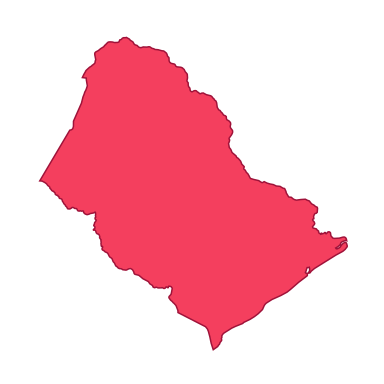 Larde, Nampula, Mozambique, rotated 356°
{"feature_id": "85939544B26264863650897", "entity_name": "Larde", "entity_type": "district", "adm_level": 2, "iso_a3": "MOZ", "parent_name": "Mozambique", "parent_adm1": "Nampula", "projection": "mercator", "projection_center": [39.499, -16.364], "detail": "fine", "context": "isolated", "style": "filled", "palette": "rose", "viewbox_px": 384, "rotation_deg": 356, "n_neighbors": 0, "source": "geoboundaries", "source_scale": "gbopen_adm2", "svg_char_len": 5923}
<svg xmlns="http://www.w3.org/2000/svg" viewBox="0 0 384 384"><g transform="rotate(356 192 192)"><path d="M137.3,33.2L136.5,33.4L134.5,33.3L133.3,33.7L132.3,34.7L131.6,35.1L130.8,35.1L130.4,35.5L129.7,37.1L128.5,37.6L125.1,37.5L123.0,36.8L120.5,36.5L118.9,36.6L117.2,37.9L115.9,39.2L115.0,39.7L114.3,40.8L110.9,42.6L108.4,44.4L105.7,45.6L105.0,46.3L104.7,46.7L104.6,48.3L105.2,53.3L104.5,54.8L104.5,55.6L104.0,56.7L102.7,57.8L101.0,58.8L100.8,59.2L98.5,60.4L95.0,63.2L94.2,64.1L94.2,64.4L92.4,67.0L90.6,70.2L94.5,71.0L94.4,72.8L95.0,78.8L93.6,82.2L92.3,84.5L92.0,84.8L91.3,86.7L89.9,89.6L87.9,95.7L78.7,113.1L78.3,118.3L77.6,120.2L77.3,120.7L76.3,121.4L75.2,121.7L74.4,121.8L40.9,170.3L43.3,170.7L46.0,172.4L47.5,173.7L48.6,175.5L49.5,176.2L50.4,177.2L50.6,178.5L51.6,179.6L52.1,180.6L53.0,181.4L54.0,181.7L54.5,182.6L55.0,183.0L55.3,183.4L55.4,184.5L55.7,185.0L56.6,185.7L57.8,186.0L58.1,186.9L58.9,187.4L59.0,188.5L59.6,189.2L61.0,189.7L61.7,190.2L62.2,192.4L62.9,193.4L63.4,194.8L64.6,196.1L64.9,197.1L65.9,198.1L66.7,199.9L67.1,200.2L69.0,200.4L70.5,199.7L71.2,199.1L72.2,199.1L73.0,199.5L73.8,200.2L75.6,200.5L76.2,201.3L76.3,201.9L77.0,202.9L78.3,203.2L79.1,202.9L80.2,203.4L82.0,203.3L82.4,203.6L82.4,204.5L82.8,205.4L83.9,206.5L85.7,207.3L87.6,207.0L89.1,206.4L92.6,206.0L93.6,205.4L94.1,205.4L94.3,205.9L94.3,207.9L94.0,208.9L94.2,210.4L93.4,211.2L93.7,212.7L94.4,213.1L94.5,213.5L93.7,214.8L92.8,215.6L92.2,217.6L91.7,218.2L91.7,218.8L92.6,219.8L92.7,221.1L92.4,221.5L91.3,222.3L91.0,222.7L91.1,223.2L92.0,223.2L92.9,223.5L93.3,224.5L93.6,226.0L94.5,227.1L95.8,227.6L96.5,228.5L96.9,230.4L96.6,231.2L97.9,233.4L97.7,234.3L97.9,235.8L97.6,236.9L97.7,239.4L97.9,239.8L98.6,239.8L98.9,240.1L99.0,240.6L98.8,241.4L98.4,241.7L98.3,242.9L98.7,243.6L99.9,244.3L101.2,245.7L102.8,246.5L103.7,247.3L105.0,250.4L105.6,251.3L107.1,252.4L107.6,253.1L108.5,256.0L109.7,257.5L110.8,260.4L112.1,261.4L113.0,262.6L114.1,263.3L116.2,263.7L117.5,264.7L120.6,265.3L121.4,265.2L123.6,264.2L125.4,264.1L126.5,264.8L127.3,265.5L128.3,267.6L128.6,269.3L129.3,270.1L132.6,271.2L133.4,271.6L137.0,275.1L141.9,278.1L142.4,278.6L143.5,280.6L145.9,282.4L146.3,283.1L146.4,283.9L146.8,284.0L147.1,284.5L148.2,284.9L149.4,284.5L150.1,284.6L151.4,285.3L154.8,285.5L155.4,285.3L156.2,285.6L156.8,286.1L157.5,286.3L158.2,286.2L158.8,285.8L159.4,285.0L160.1,285.0L161.2,285.8L161.7,285.7L161.8,284.9L162.1,284.4L163.4,284.5L164.6,285.0L165.5,286.5L165.5,287.0L164.4,291.3L163.9,292.7L161.9,294.6L161.6,295.3L161.7,296.1L163.1,298.4L164.7,299.9L165.5,301.1L166.2,301.7L168.1,304.1L169.6,308.9L169.7,309.8L169.6,311.3L196.1,327.3L197.8,329.7L198.6,332.1L199.7,337.7L200.6,344.3L202.2,350.8L206.8,348.0L208.0,346.4L208.7,345.8L209.0,345.4L209.4,344.2L211.1,342.3L211.3,341.7L211.1,340.2L211.7,339.0L211.7,337.5L212.9,335.9L214.1,334.9L222.1,330.6L225.9,329.1L233.1,326.8L233.7,326.5L234.3,325.8L241.2,323.0L245.5,320.7L249.6,318.0L254.1,314.2L256.1,310.4L257.1,309.1L258.4,308.0L264.3,304.8L273.3,301.5L279.9,298.5L283.8,295.8L292.1,289.5L300.5,284.0L301.2,283.5L301.4,281.7L301.1,281.1L299.9,280.8L299.6,280.5L299.5,280.1L300.4,278.5L300.7,277.3L301.6,275.4L302.9,275.5L303.7,275.2L304.0,276.5L303.9,278.4L303.5,279.3L302.3,280.9L302.6,281.1L303.5,281.0L304.2,280.8L305.4,279.3L308.9,276.8L331.1,265.0L338.3,261.7L340.8,259.9L343.0,257.4L343.1,256.4L342.6,254.1L342.1,253.2L341.8,253.0L340.5,253.2L339.2,253.8L337.3,255.5L335.9,257.4L334.8,258.1L333.4,258.7L332.5,258.8L331.8,258.6L331.4,257.9L333.7,256.7L336.0,255.0L337.2,252.8L338.4,252.0L342.3,250.9L342.9,251.3L342.7,249.7L342.2,248.5L341.2,247.7L340.5,247.5L339.0,247.6L335.7,248.3L330.5,248.2L329.2,247.7L327.5,245.3L327.3,242.4L326.9,241.8L325.9,241.2L324.7,241.4L323.2,242.9L322.5,242.8L322.2,241.8L321.5,241.7L320.7,242.4L319.4,242.8L319.0,242.8L318.5,242.1L318.1,242.2L318.0,242.8L317.8,243.1L317.4,243.2L316.6,242.2L315.9,241.9L315.5,240.9L315.6,239.9L314.1,238.5L313.5,237.5L310.4,236.4L310.0,236.0L309.8,235.1L311.8,232.9L312.2,232.2L312.1,231.4L311.8,230.4L310.6,228.9L310.4,228.0L310.7,227.5L311.5,227.3L311.7,227.1L311.6,224.7L312.6,222.7L313.4,222.0L314.4,221.9L315.5,221.0L316.1,217.2L315.9,216.0L314.1,215.0L312.9,213.7L310.4,212.1L308.4,209.1L306.3,208.2L304.6,207.1L299.9,207.1L295.6,207.4L293.6,206.7L292.4,205.9L290.7,204.2L288.4,203.8L287.9,203.3L286.0,199.5L285.8,198.1L284.8,195.3L284.2,194.8L283.1,194.6L280.2,192.5L276.5,191.9L273.7,190.3L270.3,189.4L267.4,188.3L264.7,186.7L263.2,187.5L262.4,187.5L261.0,186.6L259.4,185.3L254.5,183.8L251.4,182.6L250.8,181.8L250.2,180.2L249.0,177.7L247.6,176.2L246.6,173.9L245.5,173.0L245.3,172.3L245.3,171.7L245.8,170.8L245.8,170.3L243.6,167.7L242.7,164.7L240.5,161.7L239.0,160.6L238.5,159.1L234.7,155.4L233.7,152.3L232.3,150.2L231.9,146.5L231.9,145.9L232.5,144.9L233.1,143.2L233.1,142.4L232.7,141.8L232.8,140.9L235.6,137.5L236.6,135.6L236.7,134.9L236.8,134.0L236.5,133.1L234.9,130.7L234.7,129.0L235.3,127.3L235.3,125.8L235.0,125.1L233.9,123.7L231.8,122.3L231.5,121.5L231.4,119.1L230.7,118.4L228.8,117.4L227.7,115.4L226.5,114.1L225.7,112.7L224.3,111.8L223.1,109.3L222.8,104.7L222.2,102.9L220.8,101.7L220.6,100.9L219.2,99.4L218.5,98.2L217.4,97.3L213.1,95.9L210.1,94.0L208.3,94.1L207.6,94.5L206.5,94.4L205.6,93.5L205.5,93.2L204.5,92.7L203.4,91.4L202.6,91.1L201.2,91.1L199.3,92.0L198.5,91.9L197.7,91.3L197.3,90.5L197.1,88.2L196.0,86.7L195.7,85.2L195.8,82.8L194.9,81.4L194.7,80.7L195.5,77.9L195.5,74.3L195.2,73.6L193.6,71.5L192.7,69.2L191.2,67.8L191.2,67.6L189.7,66.8L185.7,66.1L184.6,65.3L183.9,63.6L183.2,63.1L180.2,62.2L178.9,61.1L178.4,59.9L178.3,58.9L178.4,57.4L178.3,56.2L177.1,54.9L176.7,53.0L176.2,51.7L174.1,49.7L173.4,49.3L171.8,49.0L168.1,47.7L164.9,47.2L164.0,46.5L161.8,45.7L160.6,44.6L159.8,44.2L159.0,44.1L157.0,44.3L153.4,43.9L151.5,44.4L150.6,44.4L149.5,44.0L148.8,43.6L147.5,42.0L145.4,41.2L144.4,40.1L143.7,38.4L143.1,37.8L141.1,36.4L140.2,35.1L137.3,33.2Z" fill="#f43f5e" stroke="#9f1239" stroke-width="1.5"/></g></svg>